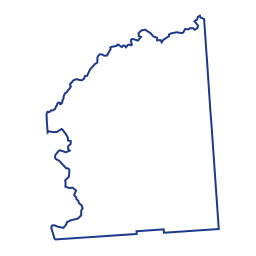 the district of Okanogan, Washington, United States of America, rotated 86°
{"feature_id": "52423323B51466238870881", "entity_name": "Okanogan", "entity_type": "district", "adm_level": 2, "iso_a3": "USA", "parent_name": "United States of America", "parent_adm1": "Washington", "projection": "mercator", "projection_center": [-120.099, 48.471], "detail": "fine", "context": "isolated", "style": "outline", "palette": "blue", "viewbox_px": 256, "rotation_deg": 86, "n_neighbors": 0, "source": "geoboundaries", "source_scale": "gbopen_adm2", "svg_char_len": 2450}
<svg xmlns="http://www.w3.org/2000/svg" viewBox="0 0 256 256"><g transform="rotate(86 128 128)"><path d="M127.0,208.5L125.8,207.0L126.8,203.4L127.1,199.4L124.4,194.5L124.8,193.7L129.9,190.3L133.5,188.7L136.3,188.7L137.0,186.0L139.9,186.3L142.0,189.0L144.7,189.2L146.5,187.7L147.9,191.7L145.5,197.3L146.0,198.8L149.8,202.3L152.0,202.9L153.8,202.3L155.8,199.0L163.9,192.5L164.1,190.6L165.6,189.4L172.4,190.3L175.8,194.3L179.3,194.1L182.1,194.6L183.7,191.3L183.8,187.2L186.8,184.2L191.2,186.4L193.6,184.6L195.5,184.3L197.1,182.7L199.3,182.3L202.2,179.5L205.1,178.9L206.8,180.3L212.0,180.9L215.0,184.6L216.0,191.4L217.7,195.5L220.1,196.5L223.1,199.4L221.6,204.8L219.9,208.2L219.9,210.4L220.8,211.1L222.5,211.5L233.5,208.9L234.1,208.0L234.3,126.7L231.6,126.7L231.6,99.5L235.0,99.5L235.1,44.5L204.2,44.5L203.7,44.5L173.2,44.5L170.2,44.5L144.7,44.5L126.4,44.5L113.4,44.7L109.8,44.6L74.2,44.5L38.6,44.5L24.5,44.5L23.0,47.8L20.9,48.5L22.2,50.5L24.8,51.6L26.2,54.2L30.7,51.0L33.2,51.8L34.7,54.7L33.0,56.1L32.8,59.4L33.8,60.6L33.3,64.2L36.6,66.2L37.1,67.6L35.9,72.9L36.6,78.5L37.7,80.6L39.3,80.8L42.6,86.7L44.9,88.4L42.6,89.4L42.6,92.8L40.0,92.7L38.4,96.3L34.9,99.0L31.1,104.1L31.6,107.7L34.0,110.8L37.1,110.8L38.0,108.7L41.5,111.9L39.4,117.2L40.1,118.8L42.7,118.9L44.3,118.4L45.5,118.5L45.7,119.5L44.9,120.9L45.0,122.0L45.6,122.9L46.4,123.4L47.3,124.4L47.1,124.5L46.0,125.2L45.4,126.2L45.7,127.5L46.6,128.0L46.5,129.1L45.3,130.5L44.3,131.4L44.2,132.9L45.3,133.6L45.8,137.6L45.9,139.0L46.6,140.0L48.3,139.9L50.3,141.4L52.4,142.7L54.3,143.9L54.2,146.8L52.9,148.5L52.5,150.9L53.7,152.5L55.7,153.6L58.8,153.9L60.6,154.1L62.1,156.8L64.4,159.0L66.6,161.5L69.3,163.1L73.1,165.2L73.2,167.3L74.8,168.1L75.6,168.1L77.2,170.6L76.7,173.0L75.7,176.0L76.6,179.1L79.2,181.5L79.7,182.4L80.3,182.9L81.8,182.5L82.2,182.2L83.2,182.4L83.6,182.9L84.3,183.2L84.9,183.8L86.0,185.1L86.9,185.7L87.8,186.4L88.7,187.5L88.9,188.3L89.9,189.0L90.7,189.2L91.9,190.1L93.7,190.1L94.4,190.6L96.1,191.5L96.8,191.5L97.8,192.0L98.5,192.1L99.3,193.1L99.6,193.5L99.5,193.9L99.0,193.9L98.4,193.9L98.0,194.5L97.8,195.3L98.5,196.7L100.3,197.2L100.9,197.6L101.5,198.4L102.4,198.7L103.0,199.0L103.9,199.4L104.4,200.2L104.9,201.2L105.3,202.2L105.1,202.6L105.0,203.4L106.0,204.5L106.4,205.0L106.8,205.8L106.5,206.3L106.2,206.8L106.4,207.4L106.6,207.5L107.5,207.9L108.3,208.3L115.5,208.5L119.5,208.5L121.6,208.5L124.6,208.5L126.7,208.5L127.0,208.5Z" fill="none" stroke="#1e3a8a" stroke-width="2"/></g></svg>